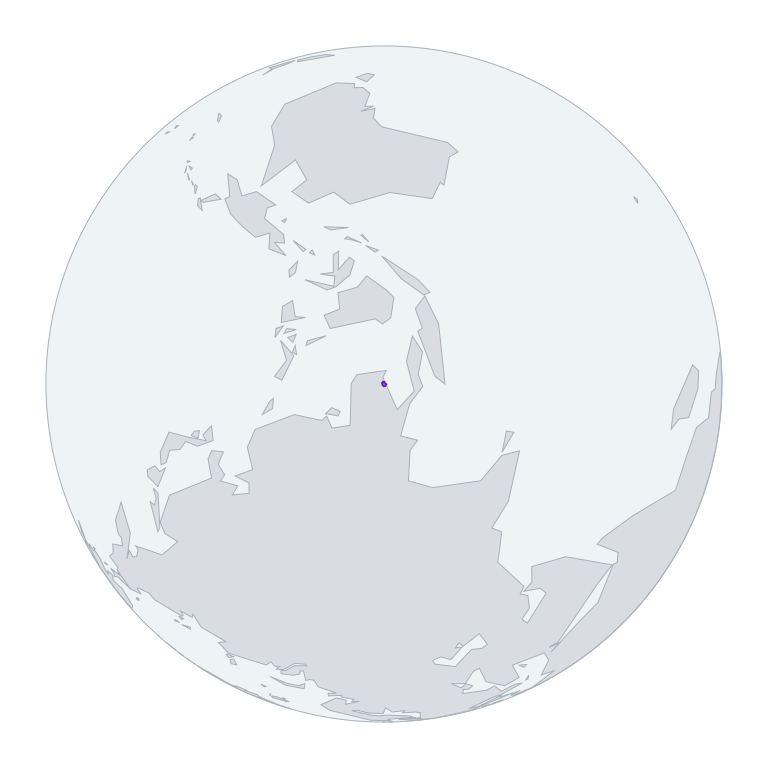 Kâmpôt highlighted on a globe, orthographic projection, rotated 210°
{"feature_id": "KHM-1797", "entity_name": "Kâmpôt", "entity_type": "Province", "adm_level": 1, "iso_a3": "KHM", "parent_name": "Cambodia", "parent_adm1": "", "projection": "orthographic", "projection_center": [104.331, 10.788], "detail": "fine", "context": "on_globe", "style": "filled", "palette": "violet", "viewbox_px": 768, "rotation_deg": 210, "n_neighbors": 0, "source": "natural_earth", "source_scale": "10m", "svg_char_len": 9815}
<svg xmlns="http://www.w3.org/2000/svg" viewBox="0 0 768 768"><g transform="rotate(210 384 384)"><circle cx="384" cy="384" r="338" fill="#eef3f6" stroke="#a8b0b8"/><path d="M698.6,490.9L698.0,493.2L697.8,493.6L698.6,490.9ZM539.6,84.0L539.9,84.2L552.1,91.2L540.8,85.0L571.5,104.4L580.7,113.5L563.5,99.1L556.5,94.8L559.3,98.3L552.8,94.8L550.4,94.9L542.3,90.7L532.8,83.9L527.4,81.4L529.7,84.2L523.1,82.6L520.5,78.7L508.6,75.9L490.7,66.3L490.2,63.2L488.8,62.7L514.6,72.4L539.6,84.0ZM562.4,97.7L560.1,95.8L564.6,99.0L562.4,97.7ZM551.5,95.7L554.2,97.5L551.8,96.9L551.5,95.7ZM537.2,90.2L532.5,89.2L535.6,89.0L537.2,90.2ZM528.6,87.8L517.3,86.3L522.5,89.8L501.5,79.8L518.1,83.8L521.2,82.7L523.5,85.2L528.6,87.8ZM491.8,75.0L487.6,74.0L490.2,73.8L491.8,75.0ZM454.3,53.5L453.3,53.3L452.1,53.0L454.3,53.5ZM438.2,50.5L434.5,49.9L433.8,49.8L438.2,50.5ZM431.0,49.5L443.0,51.3L443.5,51.4L431.0,49.5ZM423.5,48.4L427.7,48.9L428.1,49.0L423.5,48.4ZM409.8,47.1L409.4,47.1L407.5,46.9L409.8,47.1ZM414.3,47.4L417.5,47.8L415.7,47.6L415.2,47.6L413.2,47.3L414.3,47.4ZM423.2,48.4L424.7,48.7L421.3,48.2L423.2,48.4ZM402.8,46.6L404.7,46.8L398.8,46.7L395.0,46.3L397.3,46.3L402.8,46.6ZM116.4,177.7L116.3,178.4L114.2,181.8L103.8,195.7L93.1,221.2L102.3,210.6L103.3,227.3L110.8,231.2L132.3,204.7L120.2,197.5L128.7,183.0L146.9,177.2L159.1,185.5L162.8,180.3L163.9,165.2L175.8,158.2L165.4,159.5L162.9,165.5L156.3,167.0L158.2,161.8L162.3,159.2L161.2,155.2L141.9,170.2L137.3,177.9L128.8,176.5L120.3,189.7L114.8,194.2L127.1,173.8L132.8,167.4L148.2,145.4L141.4,151.6L126.5,173.4L127.1,170.8L117.8,181.2L125.4,171.3L143.5,147.6L142.1,148.1L173.0,120.1L172.9,120.1L183.9,112.2L184.3,113.0L201.4,101.8L204.0,101.1L193.1,107.6L185.8,113.2L188.3,117.4L192.5,115.8L203.5,108.6L202.8,111.4L213.0,104.0L220.8,104.5L220.0,98.2L232.8,91.3L244.4,88.0L248.5,85.0L229.6,90.7L222.1,94.2L216.0,98.7L195.6,109.4L192.0,110.0L212.8,95.8L209.9,95.7L227.3,86.2L267.8,74.3L278.2,74.7L268.3,88.3L258.5,91.2L257.2,87.4L246.6,96.8L253.1,93.1L252.5,95.9L264.7,91.4L264.8,93.3L276.1,86.2L277.7,88.1L270.5,92.5L289.8,88.9L296.5,92.4L300.8,90.8L303.5,88.1L310.2,95.2L313.1,93.8L312.0,90.8L316.9,86.4L328.3,81.7L330.0,84.4L326.1,86.4L320.6,95.4L310.0,101.3L311.8,102.0L321.5,97.6L328.3,86.5L334.6,83.1L332.8,87.9L334.0,85.8L337.7,85.0L342.9,87.0L345.6,81.8L384.0,73.2L398.1,77.4L392.1,81.8L420.8,82.1L434.4,89.1L433.3,86.0L446.4,85.6L442.3,83.3L442.8,81.9L474.4,82.4L483.1,85.4L495.5,84.4L495.0,83.1L489.2,80.6L501.5,79.8L522.5,89.8L522.6,92.0L535.6,97.7L534.1,102.5L538.9,109.8L529.7,113.2L534.3,119.5L538.9,121.2L548.6,132.0L552.6,150.2L529.1,127.9L519.1,103.9L521.4,112.4L514.9,108.7L512.0,110.9L514.2,117.8L518.1,119.6L490.7,125.0L483.9,144.4L499.0,144.9L508.7,152.5L514.2,180.3L486.3,216.4L498.9,231.1L499.8,240.2L489.2,244.9L487.5,231.4L476.6,225.8L477.3,218.2L459.7,222.7L459.9,212.1L446.1,221.8L451.5,230.8L467.0,229.9L454.9,244.2L470.8,260.9L472.8,280.2L446.4,312.6L419.4,321.4L417.7,327.6L406.9,319.8L392.6,331.3L412.7,368.2L412.1,378.6L388.8,396.9L388.3,389.1L359.7,368.4L354.3,392.9L376.0,415.0L383.4,439.7L366.7,431.1L359.1,409.3L349.1,401.3L351.9,379.9L343.7,347.4L326.8,352.1L328.2,339.4L314.4,312.4L290.2,318.5L251.8,348.6L246.3,381.0L233.2,393.9L217.7,344.8L218.6,313.2L208.1,314.8L196.3,286.5L161.6,278.7L161.1,270.3L153.6,272.7L146.0,262.6L146.9,249.3L140.3,248.5L139.0,284.0L146.6,285.2L159.2,274.4L156.9,286.7L164.8,299.7L140.2,325.3L96.0,341.4L99.2,316.9L104.3,247.2L108.4,240.7L108.7,239.9L109.2,238.4L102.0,248.7L105.4,235.8L94.6,282.1L89.5,301.6L95.3,342.7L92.9,345.9L97.0,355.2L119.3,351.9L117.8,359.9L102.7,394.3L78.4,437.6L86.0,473.4L91.6,502.5L86.1,517.2L96.3,540.5L94.9,545.9L101.2,558.7L105.6,570.3L109.2,579.8L106.5,576.9L93.7,556.9L82.3,536.1L72.3,514.6L63.9,492.4L57.1,469.7L51.9,446.5L48.3,423.1L46.4,399.4L46.2,375.7L47.6,352.0L50.7,328.5L55.4,305.2L61.7,282.4L69.7,260.0L79.1,238.2L90.1,217.2L102.5,197.0L116.4,177.7ZM164.3,210.2L176.6,215.4L184.3,196.6L189.7,197.4L190.3,191.1L184.8,195.3L188.3,178.8L198.4,176.1L203.7,168.9L199.8,166.9L180.8,175.0L175.5,197.9L167.1,203.9L164.3,210.2ZM215.8,90.9L216.1,90.8L214.2,91.9L215.8,90.9ZM211.4,93.5L210.6,94.0L206.9,96.2L211.4,93.5ZM196.9,102.6L184.4,111.4L178.0,116.2L196.9,102.6ZM375.0,46.2L373.2,46.3L376.3,46.2L371.6,46.8L358.7,47.7L363.0,47.7L359.7,48.8L349.0,50.1L352.3,48.9L338.2,51.6L336.4,50.8L334.9,51.2L329.4,51.5L320.0,52.9L320.8,52.5L316.8,53.2L313.1,53.8L307.9,54.9L307.4,54.9L302.0,56.2L326.1,51.1L350.5,47.7L375.0,46.2ZM395.6,46.3L394.2,46.2L395.2,46.3L390.0,46.2L397.1,46.8L382.0,46.9L373.6,46.9L385.4,46.1L385.1,46.1L395.6,46.3ZM118.3,177.5L117.9,179.0L118.6,179.6L112.8,186.7L118.3,177.5ZM130.3,161.3L130.8,161.1L122.9,170.3L123.4,169.3L130.3,161.3ZM137.8,153.6L131.4,160.3L135.2,156.1L137.8,153.6ZM194.3,107.4L195.7,107.2L193.2,109.0L189.4,111.3L194.3,107.4ZM307.0,61.5L310.2,59.9L312.2,59.7L323.4,56.7L325.7,57.6L319.8,59.7L307.0,61.5ZM126.4,208.2L120.4,212.3L121.0,209.0L122.9,208.2L126.4,208.2ZM113.3,198.6L113.1,204.2L111.7,200.5L113.3,198.6ZM311.3,61.9L315.7,60.5L314.1,61.9L311.3,61.9ZM327.9,58.1L327.2,59.5L327.3,57.3L327.9,58.1ZM254.6,667.2L261.6,671.1L257.0,670.7L254.6,667.2ZM120.7,507.2L126.3,555.0L118.0,552.6L109.9,537.0L103.3,507.2L110.9,501.3L112.8,488.6L120.7,507.2ZM468.2,499.5L478.2,501.2L477.8,502.7L468.2,499.5ZM457.8,493.8L469.3,494.7L455.7,497.1L457.8,493.8ZM473.8,495.0L485.5,492.4L490.6,490.1L489.6,493.3L473.8,495.0ZM449.9,493.7L407.0,491.4L390.1,486.4L394.1,481.0L421.6,483.8L449.9,493.7ZM392.7,480.7L366.7,463.3L331.2,414.5L343.9,416.2L381.1,446.6L378.7,451.4L394.5,464.9L392.7,480.7ZM455.6,454.4L453.0,469.0L429.4,466.7L418.6,463.8L411.2,444.6L415.4,435.3L424.2,436.0L458.3,405.2L470.2,413.6L459.8,426.8L469.5,440.0L455.6,454.4ZM247.6,384.2L254.5,404.5L247.4,407.0L247.6,384.2ZM472.0,383.2L458.3,396.7L470.7,378.4L472.0,383.2ZM479.3,365.8L480.2,373.0L474.5,365.8L479.3,365.8ZM417.5,337.3L408.2,338.4L407.9,333.4L419.7,329.1L417.5,337.3ZM474.2,296.8L474.3,311.2L472.6,316.1L468.2,307.1L474.2,296.8ZM336.6,73.7L318.4,76.3L306.9,80.2L302.7,85.0L300.8,80.1L318.6,74.0L336.6,73.7ZM378.0,72.6L381.6,69.5L385.2,70.8L384.9,71.8L378.0,72.6ZM376.5,70.7L371.1,67.1L376.5,65.4L379.7,68.5L376.5,70.7ZM340.5,62.6L335.0,63.1L336.4,61.8L340.5,62.6ZM620.2,619.7L620.7,621.3L611.1,630.5L599.3,640.1L591.1,644.0L620.2,619.7ZM547.0,646.9L550.1,637.0L561.4,635.7L553.8,644.7L547.0,646.9ZM628.2,612.3L636.9,602.4L643.6,590.7L638.5,601.1L641.3,600.6L622.5,620.2L628.2,612.3ZM514.8,605.5L449.5,625.0L435.9,622.0L440.9,613.4L431.5,586.2L436.1,586.9L435.0,568.6L474.5,552.9L503.3,522.7L523.5,525.0L539.8,502.9L560.0,504.6L552.9,522.2L572.7,533.8L589.3,494.3L598.1,536.3L610.2,550.8L609.8,576.8L576.0,620.8L559.6,629.6L557.9,625.7L550.7,630.2L541.6,628.6L539.4,614.8L532.2,619.2L540.5,608.6L529.5,618.0L526.1,609.1L514.8,605.5ZM658.0,528.1L660.1,529.0L662.3,536.0L659.0,535.0L658.0,528.1ZM693.0,500.5L693.0,503.8L691.1,505.0L693.0,500.5ZM697.8,493.6L695.6,495.5L698.6,490.9L697.8,493.6ZM673.3,502.6L674.0,505.1L673.0,506.2L673.3,502.6ZM672.5,501.8L674.3,497.5L673.6,501.7L672.5,501.8ZM663.5,479.8L665.1,477.5L665.7,479.2L663.5,479.8ZM493.0,501.8L507.1,490.8L514.6,490.1L493.0,501.8ZM661.7,475.3L657.9,475.1L658.4,472.8L661.7,475.3ZM662.2,470.0L662.0,466.8L663.9,474.2L662.2,470.0ZM655.3,463.1L659.7,468.6L654.7,463.9L655.3,463.1ZM652.4,464.0L649.0,461.6L649.3,460.7L652.4,464.0ZM611.3,469.1L624.4,487.9L613.3,487.5L601.1,475.8L590.7,486.8L567.4,484.9L573.1,478.1L570.2,467.7L545.6,463.2L540.7,456.3L549.6,451.9L533.1,446.2L551.2,443.5L558.4,457.6L568.5,446.8L585.6,449.7L601.9,454.5L614.5,464.9L611.3,469.1ZM550.9,474.1L554.0,474.2L551.1,478.3L550.9,474.1ZM642.5,454.1L647.4,460.8L646.8,462.5L644.3,461.5L642.5,454.1ZM617.5,462.5L631.3,451.0L634.4,451.2L625.2,464.3L617.5,462.5ZM628.2,443.5L634.4,445.1L637.5,451.6L636.2,453.4L628.2,443.5ZM514.0,460.4L513.3,464.2L508.5,461.1L514.0,460.4ZM520.2,458.3L534.5,462.8L518.9,461.5L520.2,458.3ZM476.3,443.5L480.5,452.8L494.1,447.4L483.7,455.4L492.8,470.8L489.6,476.4L480.7,459.8L477.3,476.5L471.3,475.9L468.1,461.4L474.3,444.1L480.3,437.0L504.6,434.8L476.3,443.5ZM520.2,447.1L516.4,436.3L519.2,429.3L523.3,435.1L520.2,447.1ZM504.9,410.5L494.5,397.9L485.3,402.3L503.8,385.9L510.7,400.6L504.9,410.5ZM495.8,383.4L487.2,387.3L496.0,377.7L495.8,383.4ZM484.9,383.1L483.7,374.6L490.6,376.0L484.9,383.1ZM500.3,383.9L501.7,369.6L505.3,378.2L500.3,383.9ZM480.3,355.7L495.4,370.1L476.1,363.4L474.4,336.2L482.6,335.9L480.3,355.7ZM520.5,251.3L518.0,244.1L525.1,242.9L524.8,248.1L520.5,251.3ZM546.1,234.8L526.2,240.3L509.8,245.9L515.4,249.4L512.5,261.5L503.7,249.7L514.5,236.9L527.1,235.1L528.0,225.3L536.6,219.3L533.3,207.2L536.7,202.5L543.7,213.2L546.1,234.8ZM531.3,202.2L528.5,182.1L542.4,185.9L546.1,191.2L541.5,198.5L534.5,196.0L531.3,202.2ZM531.9,178.6L525.0,176.3L506.5,147.9L506.1,143.1L527.5,165.2L522.2,164.4L524.3,171.2L531.9,178.6ZM489.4,75.5L487.8,74.1L491.5,75.6L489.4,75.5ZM440.2,80.7L441.5,79.0L445.8,80.3L440.2,80.7ZM447.4,75.6L441.6,75.2L447.0,74.5L447.4,75.6ZM428.9,74.8L439.0,74.5L430.4,76.5L428.9,74.8Z" fill="#d9dde1" stroke="#a8b0b8" stroke-width="1"/><path d="M386.1,385.6L385.7,385.5L385.4,385.5L385.2,385.7L385.2,385.8L384.9,386.1L384.7,386.2L384.5,385.9L384.5,385.7L384.4,385.5L384.3,385.4L384.1,385.3L383.9,385.3L383.7,385.3L383.4,385.3L383.1,385.4L382.8,385.3L382.7,385.3L381.9,385.2L381.6,385.0L381.7,384.8L381.8,384.7L381.8,384.4L381.8,384.0L381.8,383.9L381.8,383.6L381.8,383.0L381.7,382.8L382.0,382.5L382.1,382.4L382.2,382.5L382.3,382.5L382.3,382.4L382.5,382.3L382.6,382.0L382.7,381.9L382.9,381.8L383.0,381.9L383.6,382.0L384.0,382.0L384.5,382.0L384.6,382.3L384.8,382.4L384.9,382.5L385.1,382.5L385.3,383.0L385.2,383.3L385.4,383.4L385.6,383.4L385.8,383.3L386.1,383.4L386.4,384.0L386.2,384.1L386.0,384.4L386.0,384.5L386.1,384.8L386.2,385.0L386.1,385.5L386.1,385.6Z" fill="#8b5cf6" stroke="#5b21b6" stroke-width="1.5"/></g></svg>